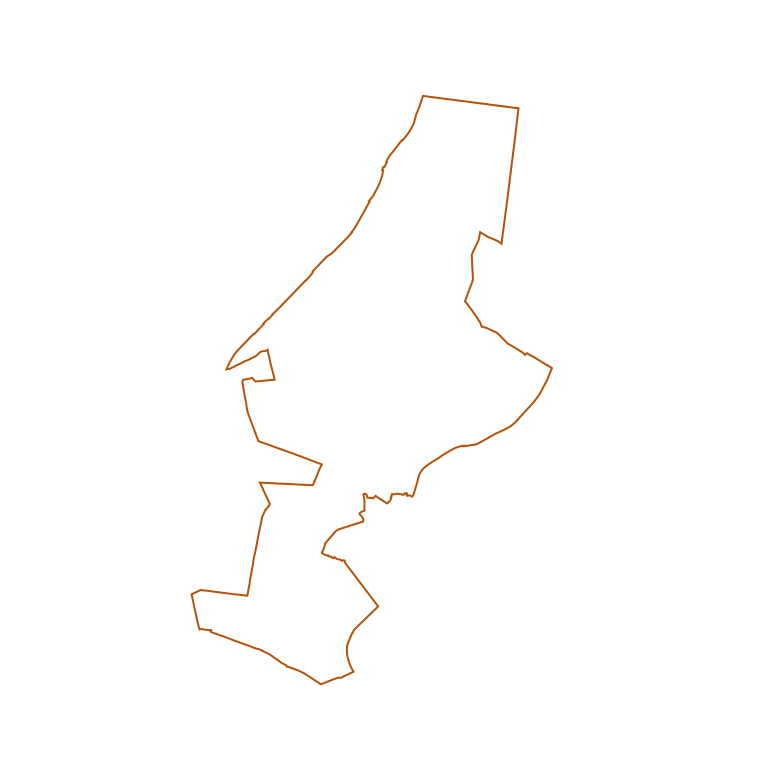 outline of Sērenes pag., Jaunjelgavas, Latvia, rotated 109°
{"feature_id": "27541924B63753357027447", "entity_name": "Sērenes pag.", "entity_type": "district", "adm_level": 2, "iso_a3": "LVA", "parent_name": "Latvia", "parent_adm1": "Jaunjelgavas", "projection": "orthographic", "projection_center": [25.194, 56.571], "detail": "fine", "context": "isolated", "style": "outline", "palette": "amber", "viewbox_px": 768, "rotation_deg": 109, "n_neighbors": 0, "source": "geoboundaries", "source_scale": "gbopen_adm2", "svg_char_len": 6054}
<svg xmlns="http://www.w3.org/2000/svg" viewBox="0 0 768 768"><g transform="rotate(109 384 384)"><path d="M660.4,324.9L657.8,326.9L653.8,329.7L650.2,331.5L646.2,332.9L644.2,333.5L642.6,333.7L640.6,333.7L637.0,333.5L633.3,333.3L630.6,333.0L627.9,332.5L626.2,332.1L624.8,331.6L596.2,317.1L566.1,362.1L565.1,362.8L564.4,363.6L563.8,363.7L563.8,364.7L564.3,365.6L564.9,366.1L564.6,366.4L564.5,367.2L564.3,367.5L564.4,368.2L564.4,369.2L564.7,370.0L564.7,370.9L564.8,371.4L564.6,371.9L564.3,373.2L563.9,374.6L565.0,374.8L565.2,375.3L565.1,376.2L564.6,377.3L564.5,377.8L564.9,378.6L564.5,379.1L564.7,379.8L564.9,380.5L564.5,381.0L564.3,381.2L564.7,381.4L564.7,384.4L564.0,387.6L563.6,387.8L562.9,387.8L562.2,387.7L560.8,387.5L559.0,387.3L558.4,387.3L557.7,387.4L553.9,387.7L539.4,382.0L536.4,379.8L529.3,370.3L526.3,366.4L520.9,358.9L518.6,359.5L517.0,361.3L516.3,362.3L515.9,363.0L515.5,363.7L515.2,364.3L514.8,364.9L514.7,364.9L513.8,364.9L513.6,364.7L512.0,363.4L510.9,362.1L510.7,361.9L510.2,361.2L509.2,361.6L504.1,363.3L499.8,364.8L494.9,367.5L494.0,366.3L494.1,364.6L496.9,362.6L496.3,360.5L495.6,357.0L492.5,355.6L493.0,353.8L495.9,342.7L495.8,342.1L492.4,340.3L490.5,340.1L488.9,340.2L488.9,340.5L487.2,340.5L487.1,340.4L485.7,340.6L485.6,340.2L485.3,339.5L485.1,338.8L484.8,338.1L484.0,336.7L483.8,336.2L483.5,335.9L483.3,335.5L483.1,334.9L483.1,334.4L483.2,333.9L482.8,332.9L482.6,331.4L482.7,331.0L482.7,330.8L482.7,330.5L482.6,330.1L482.4,329.6L482.2,329.3L481.7,328.9L481.2,329.1L480.8,328.9L480.7,328.7L480.2,327.9L479.9,327.2L479.9,326.9L480.2,326.5L480.6,326.5L481.2,326.4L481.8,326.4L482.2,326.0L482.0,325.3L481.8,325.0L481.0,323.9L481.3,320.6L479.0,320.1L474.4,320.2L466.6,320.6L461.7,321.0L459.4,321.1L457.8,321.0L456.3,320.9L454.4,320.3L452.6,319.9L449.6,318.4L447.5,317.1L444.8,315.2L441.3,312.5L438.6,310.3L436.0,308.1L432.7,305.8L430.0,303.6L426.7,300.8L424.1,298.5L421.4,296.0L419.4,293.4L417.6,290.8L416.3,288.4L416.9,288.2L411.1,277.2L406.8,273.1L394.6,262.3L387.9,255.2L382.7,250.5L376.7,247.0L363.9,241.6L352.3,236.4L342.9,233.6L327.5,231.1L314.4,230.4L313.2,234.8L313.2,235.0L313.0,235.7L313.3,235.8L312.5,239.0L311.3,244.3L310.0,250.0L309.2,254.9L308.4,258.9L310.4,260.0L310.6,260.2L309.3,262.5L307.0,272.4L306.0,277.2L305.5,280.3L303.9,283.3L301.9,287.5L301.2,288.6L299.7,291.7L299.4,292.5L298.9,293.9L298.8,294.0L297.6,305.7L298.0,310.3L297.2,310.9L294.6,313.0L291.0,317.8L290.3,318.4L289.5,319.6L289.4,319.8L285.6,325.0L280.0,333.2L279.5,334.3L270.8,334.2L258.4,333.8L257.2,333.8L256.0,334.0L251.7,335.7L240.2,340.4L233.1,343.1L232.9,343.1L216.9,341.4L209.1,342.5L209.3,341.9L209.8,339.5L210.2,337.7L211.2,333.1L211.2,332.2L211.7,323.5L212.7,319.6L213.1,318.6L176.0,326.1L131.8,335.4L126.0,336.6L120.7,337.7L116.9,338.5L109.1,340.2L109.0,340.3L108.5,340.3L79.5,346.6L80.3,350.2L98.5,438.8L98.9,440.8L102.0,440.9L110.6,440.8L116.5,441.1L116.8,441.3L119.5,441.4L119.9,441.2L127.4,440.7L129.6,440.9L133.8,441.5L137.8,442.4L142.4,443.8L147.4,445.6L147.4,446.2L150.2,447.4L159.6,450.6L161.0,451.0L165.0,452.6L167.9,453.4L171.3,454.0L173.0,454.1L173.0,453.5L178.9,454.3L178.9,455.3L182.4,455.4L182.4,454.3L187.8,453.6L194.2,453.5L199.1,453.9L205.5,454.8L209.3,455.4L210.1,456.0L212.4,456.3L212.7,456.7L216.0,457.9L216.2,457.0L223.3,458.3L227.2,458.9L235.6,460.5L239.6,461.2L243.5,461.9L246.5,462.6L251.0,464.1L251.2,463.7L255.1,465.2L264.9,469.8L277.5,475.9L282.3,479.6L289.1,482.8L300.6,488.1L302.8,487.9L307.6,489.8L311.8,491.7L311.7,491.9L320.4,495.9L327.7,499.3L335.2,502.8L347.2,508.4L354.4,512.1L354.6,511.8L358.6,513.6L362.4,516.0L366.1,517.8L366.4,517.2L379.1,523.0L379.2,523.7L399.7,533.2L404.8,535.1L410.3,536.3L413.1,536.8L415.8,537.2L420.0,537.6L421.3,537.6L420.8,537.1L420.6,536.8L420.5,536.5L420.5,536.3L420.1,535.1L419.8,534.7L419.2,534.2L418.6,533.5L417.6,532.7L417.3,532.4L417.0,532.0L416.8,531.7L416.1,531.0L415.3,530.4L415.0,530.2L413.8,529.0L412.2,527.2L410.1,525.1L409.2,524.4L407.5,522.7L407.2,522.2L405.9,520.8L404.8,519.6L402.4,517.3L400.2,515.1L399.1,514.2L398.4,513.6L393.9,511.3L392.0,508.4L391.3,506.9L390.5,506.0L389.5,505.2L391.0,504.4L396.3,501.1L400.8,498.4L412.2,490.9L415.4,488.9L415.6,488.9L416.7,491.4L420.3,499.3L423.5,506.4L421.1,510.8L423.3,513.7L425.6,518.1L425.7,518.4L426.2,518.5L428.4,518.5L429.3,518.1L430.0,517.4L430.1,517.6L436.5,514.1L442.4,510.8L446.9,508.1L450.3,506.5L454.9,503.9L466.7,494.2L470.7,490.9L475.7,486.8L478.9,484.1L478.9,481.9L478.9,481.3L479.0,480.7L479.0,475.9L479.0,473.9L479.0,471.9L479.1,469.1L479.2,463.7L479.2,457.4L479.4,452.3L479.3,447.3L479.5,444.6L479.6,437.0L479.9,428.5L480.1,424.3L480.2,419.3L480.3,416.6L484.6,417.2L490.8,417.6L491.6,417.5L502.9,418.4L507.4,433.7L507.9,435.9L509.9,442.6L512.1,450.1L512.8,452.4L514.7,459.2L517.6,469.2L520.2,466.6L525.5,461.7L534.6,452.9L536.9,453.2L537.2,453.4L537.4,453.4L542.0,455.2L544.9,455.5L549.3,455.9L558.2,454.7L562.7,454.2L571.8,452.9L580.0,451.7L584.7,451.0L591.0,450.5L598.3,449.0L599.3,448.9L609.7,447.3L617.3,446.0L628.7,444.3L629.8,449.6L631.0,454.7L631.2,455.2L631.2,455.5L631.5,456.7L632.5,461.8L632.7,462.6L634.5,471.4L635.0,473.6L635.7,477.2L636.9,483.0L638.5,490.3L639.8,491.6L645.5,497.5L650.8,494.2L655.1,491.7L658.7,489.6L659.5,489.1L663.2,486.7L664.8,485.8L666.8,484.6L674.6,479.7L676.2,478.3L675.9,478.0L675.5,477.5L675.4,477.2L675.0,476.4L674.8,475.6L674.7,474.8L674.7,474.4L674.6,473.3L674.6,473.0L674.2,471.4L674.0,470.6L673.6,469.1L673.1,467.5L673.0,467.2L674.6,467.2L674.9,466.3L675.0,452.5L675.3,442.8L675.4,437.6L675.4,437.2L675.5,432.0L675.6,423.5L675.8,421.3L675.7,417.2L675.5,416.7L675.5,416.3L675.5,414.2L675.5,413.5L675.6,412.5L675.9,412.6L676.0,411.5L676.5,407.2L677.1,403.0L677.4,402.3L679.3,395.5L681.0,390.3L681.5,387.4L681.8,384.9L682.9,383.7L682.5,381.7L682.8,378.7L682.6,378.7L682.6,377.9L682.8,373.8L683.0,369.5L683.6,365.3L684.3,362.3L684.9,360.1L685.2,358.6L685.6,357.2L686.8,352.6L688.5,345.9L682.5,338.9L679.9,335.9L676.7,331.9L675.7,329.0L674.7,328.0L674.6,327.9L665.9,319.1L664.6,320.7L663.0,322.5L660.4,324.9Z" fill="none" stroke="#b45309" stroke-width="2"/></g></svg>